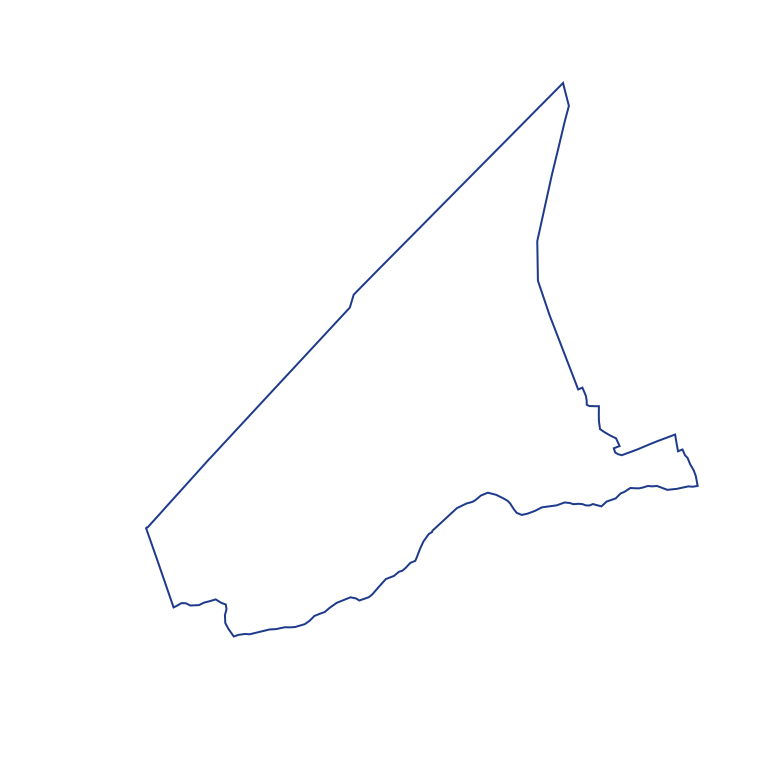 Um Durman, Khartoum, Sudan (Mercator projection), rotated 68°
{"feature_id": "16777658B47170165092486", "entity_name": "Um Durman", "entity_type": "district", "adm_level": 2, "iso_a3": "SDN", "parent_name": "Sudan", "parent_adm1": "Khartoum", "projection": "mercator", "projection_center": [32.429, 15.44], "detail": "fine", "context": "isolated", "style": "outline", "palette": "blue", "viewbox_px": 768, "rotation_deg": 68, "n_neighbors": 0, "source": "geoboundaries", "source_scale": "gbopen_adm2", "svg_char_len": 2097}
<svg xmlns="http://www.w3.org/2000/svg" viewBox="0 0 768 768"><g transform="rotate(68 384 384)"><path d="M561.8,617.9L562.1,612.9L563.7,606.5L565.7,602.4L568.7,582.2L570.8,575.9L572.4,567.0L574.5,562.2L576.0,557.5L577.0,547.4L575.7,541.7L573.0,535.5L573.0,529.3L573.2,524.3L571.2,518.4L569.2,509.8L569.2,495.0L572.5,490.1L575.5,488.0L576.0,478.1L574.7,473.7L570.2,464.9L565.5,455.3L565.7,446.7L563.7,440.5L564.0,436.9L562.7,433.0L559.7,426.6L559.7,421.3L557.5,419.0L550.2,412.2L544.7,406.3L539.9,398.7L539.2,394.8L538.2,394.1L526.4,362.9L525.7,352.3L526.4,346.3L525.9,342.7L523.7,335.9L523.7,328.4L528.7,321.6L534.7,316.2L538.7,313.1L541.9,311.8L548.9,310.5L553.2,309.2L557.0,305.3L558.0,299.3L558.2,291.5L557.5,284.0L558.3,280.6L559.2,277.2L561.2,269.4L561.5,260.9L564.0,256.2L566.3,253.6L568.0,248.4L569.7,245.0L572.1,242.4L573.6,239.1L573.6,235.2L575.9,232.3L578.9,228.2L577.6,224.8L576.4,221.7L576.9,212.1L574.1,205.6L574.1,201.7L572.7,194.6L574.6,190.5L576.2,186.9L576.9,183.2L577.4,177.6L579.4,173.6L580.8,169.1L588.3,160.9L590.9,151.8L592.9,140.3L594.9,136.2L596.0,131.4L586.5,129.4L580.3,129.2L572.9,130.2L566.2,130.2L562.9,131.6L556.5,131.8L556.5,136.6L545.1,134.2L539.9,133.0L539.8,137.6L539.6,144.5L539.4,152.6L539.4,159.1L539.6,174.0L539.1,190.2L536.9,193.1L534.2,195.3L529.7,195.0L529.8,188.8L521.3,189.2L516.8,193.3L511.4,197.5L506.8,200.6L499.2,198.7L494.1,196.8L485.1,193.1L483.8,196.3L481.4,201.8L479.2,203.8L475.3,202.3L470.9,201.3L466.7,201.3L461.7,201.4L461.8,206.0L381.8,204.7L345.9,202.6L342.8,201.4L309.0,188.4L253.1,150.1L231.1,134.3L207.9,117.8L195.4,108.4L175.2,105.7L172.0,105.2L184.5,134.4L201.5,173.8L230.7,241.7L248.3,282.5L248.9,283.8L275.8,346.4L289.8,378.6L300.3,387.0L329.2,448.6L348.7,490.2L387.2,572.1L388.6,575.2L399.0,596.5L402.5,603.7L416.7,632.9L421.0,641.6L428.4,656.9L428.1,657.6L428.6,658.6L461.0,660.1L512.3,662.8L512.1,659.5L511.3,653.8L513.2,649.7L516.8,646.6L519.7,638.4L519.3,632.7L520.1,626.8L520.7,620.7L525.8,617.0L529.2,613.3L533.8,614.4L538.8,618.1L546.2,620.7L552.7,620.0L561.8,617.9Z" fill="none" stroke="#1e3a8a" stroke-width="2"/></g></svg>